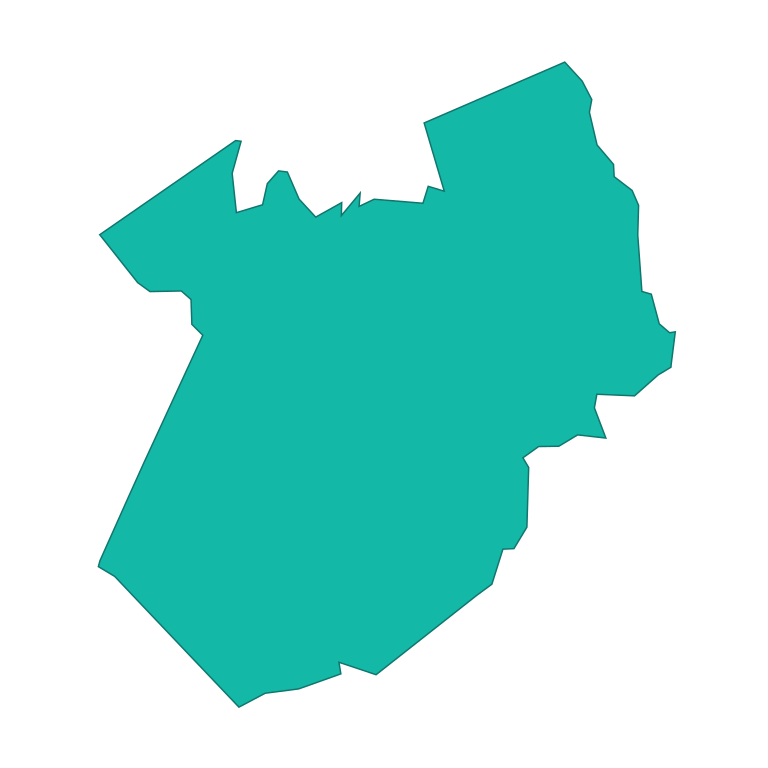 outline of Kershaw, South Carolina, United States of America, rotated 2°
{"feature_id": "52423323B16296289860077", "entity_name": "Kershaw", "entity_type": "district", "adm_level": 2, "iso_a3": "USA", "parent_name": "United States of America", "parent_adm1": "South Carolina", "projection": "natural_earth1", "projection_center": [-80.553, 34.342], "detail": "fine", "context": "isolated", "style": "filled", "palette": "teal", "viewbox_px": 768, "rotation_deg": 2, "n_neighbors": 0, "source": "geoboundaries", "source_scale": "gbopen_adm2", "svg_char_len": 1029}
<svg xmlns="http://www.w3.org/2000/svg" viewBox="0 0 768 768"><g transform="rotate(2 384 384)"><path d="M670.3,354.7L673.3,321.7L667.6,322.8L657.0,314.3L648.0,284.9L638.5,282.5L632.4,226.2L632.2,196.6L625.2,181.9L606.8,168.8L605.7,156.5L588.6,137.7L579.8,105.3L581.7,92.5L571.5,74.4L553.4,56.0L415.0,121.7L437.5,189.2L421.3,184.9L416.6,202.0L367.7,199.7L352.9,207.4L353.5,194.0L335.5,217.2L335.4,204.2L309.9,219.6L292.7,202.2L280.0,175.5L271.2,174.7L260.4,187.8L256.4,209.1L230.5,217.9L224.9,178.8L232.7,146.4L227.2,145.9L94.7,244.7L134.3,291.3L146.9,299.8L178.2,298.1L188.2,306.3L189.9,331.1L201.2,341.6L146.5,471.8L131.8,507.7L106.3,570.5L104.9,576.5L121.6,585.7L152.0,615.6L195.5,658.3L250.3,712.0L276.0,697.2L309.3,691.7L351.0,675.2L348.7,663.7L386.2,674.8L483.9,592.1L498.8,580.3L508.6,544.9L519.6,544.0L531.8,522.1L531.5,462.4L525.4,452.9L540.7,441.1L560.9,440.1L579.3,428.1L607.6,430.3L595.1,400.5L597.1,386.8L634.8,387.1L657.6,365.4L670.2,357.2L670.3,354.7Z" fill="#14b8a6" stroke="#0f766e" stroke-width="1.5"/></g></svg>